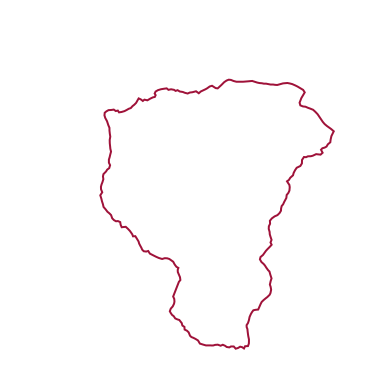 Itatinga, São Paulo, Brazil (orthographic projection), rotated 202°
{"feature_id": "56859067B26400224178841", "entity_name": "Itatinga", "entity_type": "district", "adm_level": 2, "iso_a3": "BRA", "parent_name": "Brazil", "parent_adm1": "São Paulo", "projection": "orthographic", "projection_center": [-48.634, -23.143], "detail": "fine", "context": "isolated", "style": "outline", "palette": "rose", "viewbox_px": 384, "rotation_deg": 202, "n_neighbors": 0, "source": "geoboundaries", "source_scale": "gbopen_adm2", "svg_char_len": 3834}
<svg xmlns="http://www.w3.org/2000/svg" viewBox="0 0 384 384"><g transform="rotate(202 192 192)"><path d="M261.7,273.7L263.4,271.5L263.5,269.3L262.0,268.2L262.1,266.2L263.7,265.1L265.7,262.9L267.7,260.3L270.7,259.8L271.7,258.0L274.2,258.7L276.5,258.8L276.8,256.8L277.2,253.7L278.2,251.3L279.3,249.4L280.2,246.9L281.8,245.5L283.2,243.7L284.9,241.7L287.3,239.8L289.5,238.5L291.3,239.7L293.0,238.5L295.4,239.1L297.6,237.8L300.1,236.6L301.6,234.7L302.6,232.8L301.9,230.3L300.2,228.2L297.3,225.8L294.6,222.6L292.6,220.6L291.5,218.0L290.0,215.2L288.5,212.7L287.8,209.4L286.5,206.4L285.1,203.8L283.9,201.5L282.2,199.1L281.8,195.9L281.4,193.4L281.2,190.9L280.0,188.0L278.0,186.2L277.7,183.1L279.0,181.0L279.4,178.8L280.8,175.4L280.4,173.1L279.0,170.7L278.7,167.3L278.7,165.2L278.4,162.8L277.4,160.5L275.1,158.1L275.8,154.6L273.5,151.8L272.1,149.8L270.0,147.3L268.4,145.0L265.5,143.5L263.0,142.0L260.7,141.3L258.4,140.3L256.1,137.7L253.8,136.7L251.5,136.4L249.8,137.3L247.3,137.2L245.9,134.9L244.0,133.0L240.4,134.9L237.7,133.9L235.1,132.7L233.5,131.7L231.4,130.3L230.1,128.8L228.0,129.8L225.8,128.2L223.0,126.1L221.7,124.4L219.6,122.6L218.1,121.4L216.6,119.9L214.6,119.0L212.2,119.6L210.5,120.9L208.0,119.1L204.7,118.8L201.1,118.5L198.1,118.4L194.6,118.7L192.5,120.4L190.3,121.2L188.0,121.4L186.2,121.0L183.3,120.3L180.9,118.3L178.4,116.8L176.2,116.5L176.1,114.5L175.2,112.5L173.3,110.6L171.2,108.5L169.8,106.0L170.5,103.8L170.3,88.0L168.4,86.2L167.2,83.8L166.8,81.7L167.0,78.7L168.0,75.9L167.9,73.1L166.3,71.8L164.5,70.6L162.4,70.0L160.2,68.5L157.7,68.4L155.9,68.6L152.4,66.6L150.9,64.6L148.5,64.1L147.3,61.7L144.7,61.5L142.5,60.6L140.0,58.0L138.2,57.3L136.2,57.3L133.8,57.1L130.8,56.6L127.9,54.4L124.2,54.7L121.5,55.0L117.8,56.5L114.8,57.7L113.3,58.9L110.9,60.1L107.9,60.2L106.2,61.9L103.6,61.8L101.8,61.3L99.2,61.9L98.0,63.4L95.4,64.4L92.8,63.1L90.9,64.6L89.4,66.6L87.4,66.9L85.2,66.4L85.0,68.9L82.4,70.1L82.5,72.8L83.2,74.7L84.0,76.7L85.8,79.4L86.8,81.1L88.2,83.6L89.3,85.7L90.7,87.2L91.5,89.0L91.0,91.5L91.2,94.4L91.8,97.7L91.7,100.8L91.4,103.0L90.8,105.3L88.9,106.6L86.6,107.8L86.4,114.1L86.2,116.2L85.1,118.7L83.8,121.1L82.8,122.8L81.5,125.8L81.4,127.7L82.0,131.0L83.6,133.6L85.1,135.3L85.7,138.9L85.9,141.7L88.5,144.8L90.4,147.3L92.1,148.0L94.8,149.7L96.9,151.2L98.6,152.1L101.4,153.1L103.8,155.0L104.1,157.4L102.6,160.2L101.9,163.1L101.4,165.2L100.6,167.3L99.3,170.4L98.4,172.9L100.3,174.6L100.3,177.4L102.6,180.1L104.1,182.0L105.1,184.1L107.0,186.5L107.9,189.0L107.7,191.8L109.0,194.5L108.1,197.4L106.3,200.3L104.1,202.6L102.9,205.4L102.5,208.0L103.2,210.0L103.6,212.6L102.9,214.7L102.8,217.3L102.3,221.8L103.1,224.7L102.3,227.3L102.2,229.8L103.2,233.1L104.4,235.1L106.1,236.2L107.9,237.5L106.7,239.4L106.2,242.1L104.6,245.3L104.9,247.8L104.6,250.9L104.0,253.7L101.3,256.7L100.8,259.7L102.0,262.9L101.3,266.4L99.3,267.0L97.9,268.5L95.2,269.7L93.6,270.9L91.1,273.6L86.8,274.8L85.6,277.3L88.2,279.5L87.5,281.4L85.6,282.9L84.3,284.5L83.9,287.1L82.4,289.9L83.1,292.5L83.7,296.1L83.3,301.4L86.5,302.5L91.8,303.8L94.5,304.7L97.0,306.0L104.7,311.2L107.8,312.6L110.5,313.6L113.9,313.6L116.0,313.5L118.7,313.6L121.2,312.9L124.0,312.9L125.7,315.1L125.8,320.0L125.2,323.9L124.8,326.6L127.2,328.3L133.6,329.3L136.2,329.5L139.5,329.6L141.8,329.3L144.4,328.8L148.3,326.8L153.0,323.2L155.0,322.5L157.2,322.0L159.3,321.1L163.9,320.2L165.8,319.4L168.0,319.0L170.2,318.3L172.5,317.9L177.8,317.5L181.5,315.6L185.9,313.4L192.0,310.9L195.0,310.5L197.9,310.5L200.0,309.9L201.7,308.3L203.3,305.9L204.8,302.3L207.0,297.7L209.0,297.2L213.2,298.0L215.1,296.5L216.8,293.8L218.0,292.3L221.5,288.5L222.7,286.1L226.0,286.9L229.1,284.6L231.3,283.4L232.9,281.7L235.8,281.3L238.0,281.3L241.0,280.6L243.5,281.0L245.1,279.6L246.9,280.0L249.9,279.4L252.1,277.9L254.3,278.6L256.4,277.4L259.2,275.7L261.7,273.7Z" fill="none" stroke="#9f1239" stroke-width="2"/></g></svg>